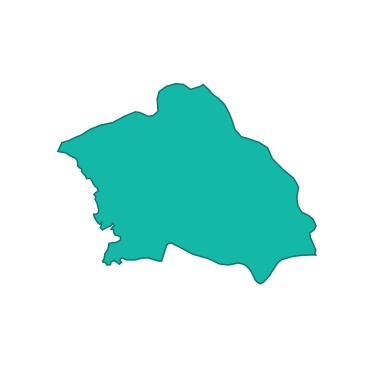 the district of Yonsa, Hamgyŏng-bukto, North Korea, rotated 295°
{"feature_id": "82179303B76324542059269", "entity_name": "Yonsa", "entity_type": "district", "adm_level": 2, "iso_a3": "PRK", "parent_name": "North Korea", "parent_adm1": "Hamgyŏng-bukto", "projection": "orthographic", "projection_center": [129.014, 41.829], "detail": "fine", "context": "isolated", "style": "filled", "palette": "teal", "viewbox_px": 384, "rotation_deg": 295, "n_neighbors": 0, "source": "geoboundaries", "source_scale": "gbopen_adm2", "svg_char_len": 2017}
<svg xmlns="http://www.w3.org/2000/svg" viewBox="0 0 384 384"><g transform="rotate(295 192 192)"><path d="M294.1,156.6L290.9,154.5L284.4,147.3L285.8,138.6L283.2,131.3L276.8,124.1L269.1,119.8L261.3,121.2L256.1,124.2L250.9,127.1L244.5,124.2L241.9,119.8L242.0,111.1L240.7,106.8L233.0,99.5L221.5,90.9L213.8,80.7L206.1,73.5L197.1,67.7L190.7,61.9L186.9,59.0L181.8,53.2L177.9,53.2L172.2,53.2L172.5,55.3L174.2,60.9L173.3,66.0L173.3,71.9L172.2,74.6L169.6,76.3L167.2,77.4L166.3,80.0L166.2,82.7L163.8,83.2L161.6,88.3L159.5,91.0L161.6,93.8L160.1,96.3L157.7,99.0L156.1,101.8L155.8,104.5L153.2,106.8L150.7,104.9L148.1,104.2L147.0,107.0L144.2,107.3L142.4,110.0L136.6,114.8L133.8,115.9L131.2,114.5L130.4,112.2L127.6,114.4L124.5,119.4L123.6,122.1L126.2,122.8L123.6,124.0L120.8,124.1L119.7,126.8L125.0,130.7L127.3,132.9L130.2,133.3L129.1,135.7L124.1,134.2L124.7,136.7L122.2,138.1L120.4,140.6L121.2,143.4L121.1,146.1L118.6,147.4L116.1,146.1L113.7,143.8L112.5,141.3L110.2,138.5L104.6,140.0L99.0,139.2L93.9,140.7L91.7,140.1L90.9,140.8L91.0,141.4L91.3,143.5L89.9,145.9L91.6,148.7L94.4,148.2L97.1,150.8L95.9,156.7L98.5,157.9L99.5,155.4L102.5,156.0L102.9,161.6L105.1,166.5L106.5,169.3L110.9,174.5L113.6,179.8L115.3,190.8L116.6,193.7L132.8,191.5L135.6,192.4L137.3,195.7L136.8,199.1L136.9,202.5L136.0,217.5L136.2,220.4L138.5,234.7L138.4,246.1L138.8,248.7L140.8,254.7L142.6,257.8L146.9,263.3L147.8,266.2L148.2,269.2L148.0,272.6L145.8,278.1L138.6,287.2L137.7,289.9L137.6,292.6L140.3,294.8L145.5,296.6L148.7,297.5L163.4,299.5L166.3,300.6L169.2,302.5L176.1,310.4L181.6,319.2L186.5,329.0L187.1,330.8L188.7,329.0L191.3,329.0L193.9,326.1L197.9,321.8L200.5,318.9L204.4,316.0L209.6,318.8L213.5,318.8L218.7,313.0L220.0,307.2L220.1,299.9L224.0,294.1L230.5,289.8L234.5,288.3L240.9,286.8L243.6,283.9L247.5,278.1L250.8,265.2L253.4,257.9L256.1,250.7L263.9,242.0L265.3,231.9L264.1,220.4L262.9,213.2L266.8,204.5L274.7,197.2L279.9,191.5L285.2,184.2L287.8,177.0L289.2,169.8L291.8,164.0L294.1,156.6Z" fill="#14b8a6" stroke="#0f766e" stroke-width="1.5"/></g></svg>